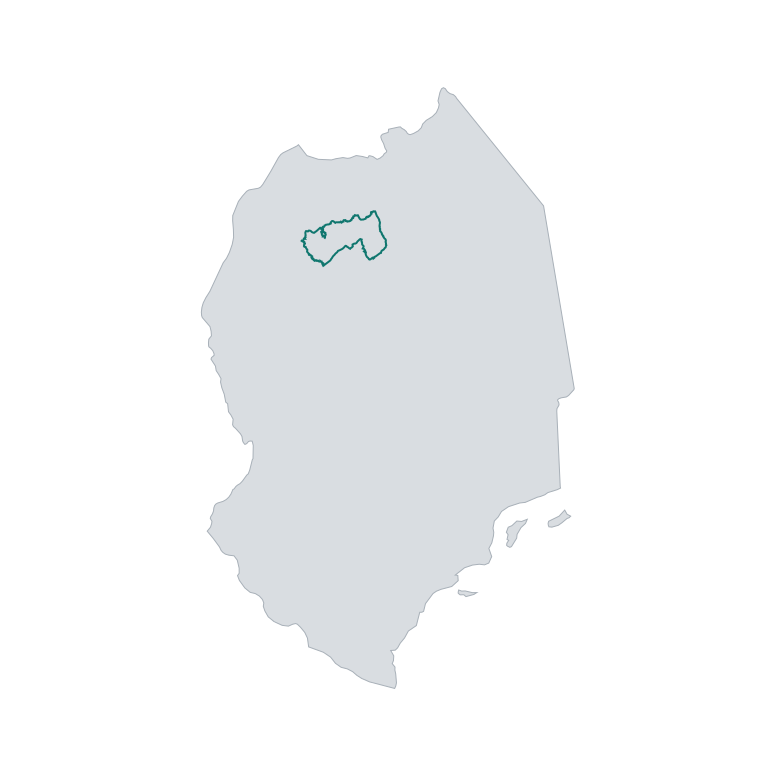 location of Kaliua, Tabora, United Republic of Tanzania, rotated 51°
{"feature_id": "72390352B29601163251764", "entity_name": "Kaliua", "entity_type": "district", "adm_level": 2, "iso_a3": "TZA", "parent_name": "United Republic of Tanzania", "parent_adm1": "Tabora", "projection": "albers", "projection_center": [31.783, -4.945], "detail": "fine", "context": "in_parent", "style": "outline", "palette": "teal", "viewbox_px": 768, "rotation_deg": 51, "n_neighbors": 0, "source": "geoboundaries", "source_scale": "gbopen_adm2", "svg_char_len": 9566}
<svg xmlns="http://www.w3.org/2000/svg" viewBox="0 0 768 768"><g transform="rotate(51 384 384)"><path d="M298.5,518.4L291.4,514.6L284.9,512.4L279.6,509.8L277.3,507.3L272.3,506.4L268.0,506.0L264.0,503.7L255.8,502.8L254.9,501.3L254.8,497.9L253.4,497.0L250.4,496.1L247.2,496.2L245.2,496.7L244.1,496.4L241.4,494.4L238.9,491.9L238.0,487.8L234.3,485.2L229.9,483.1L218.0,483.4L216.1,482.7L213.2,480.7L209.9,477.3L207.2,473.4L204.8,468.1L202.4,461.0L188.6,432.7L187.2,427.3L184.5,421.4L180.0,414.1L175.4,408.6L169.0,403.7L161.8,398.8L157.9,395.5L150.5,382.2L148.9,375.9L147.8,369.5L148.2,366.8L152.8,358.5L153.3,356.1L152.7,352.9L150.4,346.3L147.5,338.2L141.6,323.5L140.7,319.8L140.8,317.0L144.2,302.0L144.2,299.9L158.0,300.2L168.1,293.6L176.8,283.8L178.6,279.7L182.2,273.4L185.7,270.3L187.0,268.1L189.0,261.8L193.6,257.6L198.1,254.3L197.2,252.0L197.9,251.2L200.3,249.5L205.1,248.0L206.0,244.7L206.0,241.0L205.2,238.9L205.4,236.5L204.6,235.2L201.5,234.8L196.9,233.0L192.9,232.2L190.3,231.2L189.3,230.3L188.9,228.1L191.1,222.4L188.9,220.1L193.7,210.6L194.6,209.4L196.3,209.3L199.1,208.2L201.7,207.8L203.8,208.1L205.4,207.7L206.7,206.7L207.9,203.4L208.8,198.1L208.3,193.7L206.3,190.3L205.7,185.2L206.6,178.2L206.0,172.5L203.7,167.9L201.5,165.2L198.0,163.9L192.5,156.9L190.8,153.5L191.1,151.4L193.0,150.5L196.5,150.8L199.8,150.0L202.8,148.0L205.8,147.5L207.4,147.8L346.0,147.9L507.2,239.0L507.9,240.0L509.1,247.8L508.8,250.5L506.3,254.9L505.5,257.2L505.5,258.9L506.1,259.5L508.2,259.8L510.0,260.8L510.7,261.7L512.0,265.1L513.8,266.8L574.6,311.6L576.0,312.3L575.1,316.0L571.5,325.0L571.3,328.7L569.9,333.1L568.5,336.0L564.9,348.7L561.9,353.4L557.7,364.4L557.0,372.9L559.2,378.9L559.9,384.5L564.6,390.0L568.3,392.0L570.9,394.5L575.3,400.2L577.8,406.0L585.9,408.9L589.1,415.3L587.8,419.7L584.0,423.4L580.4,429.2L577.5,437.0L577.3,448.9L579.2,447.1L583.5,450.1L584.0,458.8L579.4,469.0L578.0,473.7L577.7,477.8L580.8,490.0L585.6,496.3L585.2,498.2L583.9,499.9L592.1,510.9L591.3,520.5L594.3,527.9L595.6,534.4L597.6,539.4L597.9,542.8L595.3,546.5L601.4,547.5L604.9,550.7L606.5,553.6L610.9,553.6L613.2,555.6L616.6,557.3L624.1,562.4L626.1,564.9L627.3,567.3L606.4,582.7L598.9,586.6L593.5,588.4L587.8,589.4L582.3,591.8L577.2,595.6L570.6,597.5L562.6,597.4L554.2,600.0L540.9,608.0L533.3,603.4L527.2,601.9L520.3,602.0L516.1,602.5L514.5,603.5L513.2,606.2L512.0,610.7L507.5,615.0L499.4,619.0L492.1,620.5L485.4,619.4L480.8,617.7L478.5,615.2L475.0,614.1L470.4,614.3L465.9,615.9L461.7,619.1L454.9,620.5L445.7,620.0L440.7,618.4L440.0,615.7L436.0,612.5L428.6,608.9L423.1,608.7L419.5,612.2L416.3,614.4L413.4,615.2L410.8,615.3L407.1,614.4L396.8,613.9L387.1,614.0L386.1,609.0L384.1,605.9L382.4,604.1L379.1,603.6L378.1,602.2L377.0,599.1L375.4,596.4L373.2,594.2L371.9,592.1L371.5,590.3L371.8,588.2L373.9,583.0L374.5,579.5L374.3,575.9L373.2,572.2L370.9,567.8L371.2,566.5L370.4,563.5L370.4,561.4L370.8,558.7L370.4,555.3L368.4,547.9L368.4,546.0L366.3,542.4L359.9,533.9L359.6,532.8L349.5,524.3L345.5,522.4L344.0,524.0L343.4,525.5L343.9,528.2L343.6,529.6L343.2,530.2L340.8,530.1L339.3,529.7L335.4,527.4L332.4,526.9L325.0,527.3L322.4,527.8L320.4,527.3L316.4,523.4L311.8,522.5L307.7,522.3L300.9,517.9L298.5,518.4ZM587.3,377.9L590.6,387.3L590.1,389.0L587.7,390.1L586.5,390.2L585.0,388.6L584.0,385.5L582.2,386.2L579.2,382.4L576.2,382.2L573.5,377.6L574.6,373.7L574.1,367.0L577.4,363.6L579.3,357.8L581.4,361.8L581.8,367.9L584.6,375.2L587.3,377.9ZM604.2,322.1L604.4,324.3L603.7,326.4L603.8,333.1L603.5,337.5L600.9,343.6L598.8,345.7L597.0,345.1L595.5,344.1L594.3,342.4L596.9,331.1L595.7,322.9L600.4,323.7L604.2,322.1ZM595.8,457.5L593.4,458.0L592.5,457.4L591.1,455.6L593.6,454.1L596.1,451.0L601.8,446.6L604.5,443.1L604.1,446.6L600.8,454.1L598.0,454.6L595.8,457.5Z" fill="#d9dde1" stroke="#a8b0b8" stroke-width="1"/><path d="M234.7,300.2L234.4,300.3L234.4,300.5L234.9,300.8L234.9,301.1L234.8,301.6L234.9,302.0L234.6,302.2L234.7,302.3L234.6,302.7L234.9,303.0L235.2,303.3L235.3,303.6L235.2,304.0L235.5,304.0L235.3,304.6L235.6,305.6L236.0,305.8L236.0,306.1L235.8,306.2L235.7,306.7L236.1,307.4L235.7,308.3L235.7,308.6L235.5,308.8L235.4,309.1L235.0,309.5L234.9,310.0L234.5,310.1L234.5,310.4L233.4,311.1L233.0,310.8L232.4,310.8L232.1,311.4L231.5,311.9L231.4,312.1L231.7,312.3L231.6,312.6L231.8,313.0L231.7,313.1L231.7,313.7L232.1,313.7L231.8,314.4L231.7,314.9L231.9,315.0L231.9,315.5L231.4,315.7L230.9,315.6L231.0,315.9L230.4,316.4L230.2,317.2L229.5,317.7L229.2,318.3L228.6,318.9L228.2,319.5L228.0,319.9L228.1,320.4L227.7,320.6L226.6,320.7L225.7,320.9L225.0,321.4L224.7,321.8L224.7,322.2L224.9,323.8L225.4,324.0L225.8,324.3L225.9,324.6L225.4,325.4L225.3,326.5L224.8,327.0L224.3,327.8L224.2,328.2L223.7,328.9L223.7,329.7L223.4,330.5L224.0,331.1L224.1,331.5L224.1,331.8L223.4,332.5L223.5,333.3L223.8,333.5L224.7,333.8L225.1,333.7L225.6,334.1L225.4,334.3L225.6,334.8L226.3,335.3L226.7,335.3L226.9,335.2L227.3,335.2L227.2,335.8L226.7,336.0L227.2,336.8L227.7,336.3L227.5,335.9L227.7,335.4L227.9,335.1L229.7,334.4L230.0,334.6L230.1,335.2L231.0,335.2L231.3,335.3L232.2,337.0L233.1,337.7L233.2,338.0L232.8,338.1L232.0,337.5L231.2,337.9L231.2,337.5L231.1,337.4L230.7,337.6L230.9,338.1L230.7,338.7L230.1,338.2L229.4,338.4L228.9,338.3L227.7,337.5L226.9,337.4L226.2,337.1L226.1,336.6L226.2,336.0L225.7,335.3L225.2,334.9L224.3,334.7L223.9,335.0L223.8,335.3L223.6,335.4L223.2,335.2L222.6,335.1L222.4,335.3L222.7,340.7L222.5,341.5L222.6,342.5L222.5,343.2L221.8,343.8L221.5,343.9L220.9,344.3L220.2,344.5L219.0,344.6L218.0,345.2L217.9,345.5L217.4,346.0L217.5,346.5L217.6,347.0L217.4,347.3L216.7,347.7L216.1,348.5L216.4,349.0L216.5,349.4L216.9,349.9L217.9,350.6L219.1,351.3L219.3,351.5L219.5,352.1L219.7,352.3L220.6,352.5L220.7,352.8L220.5,353.7L220.8,353.9L221.4,354.0L220.7,354.6L220.6,354.9L220.7,355.1L221.2,355.5L221.4,356.1L221.4,356.9L220.8,357.6L220.9,357.9L221.4,357.7L221.5,357.8L221.9,357.7L222.3,357.3L222.7,357.1L222.7,356.9L222.9,356.8L223.4,356.6L223.9,357.3L224.5,357.4L224.8,357.0L225.0,356.9L225.2,357.1L225.6,358.7L225.9,358.9L226.3,359.1L226.6,359.5L227.3,359.5L227.5,359.4L228.1,358.6L228.5,358.7L228.9,358.9L229.7,359.1L230.2,359.2L230.9,359.0L231.2,359.0L231.4,359.3L232.2,359.8L232.4,360.2L232.8,360.5L234.0,360.5L234.8,360.4L235.2,360.5L235.5,360.4L235.9,360.8L236.1,360.7L235.8,360.5L236.1,360.2L236.5,360.2L236.7,360.3L236.8,360.6L237.0,360.4L237.3,360.4L237.5,360.0L237.9,359.8L238.3,359.9L238.4,359.7L238.7,359.6L238.8,359.6L238.8,359.8L239.1,359.8L239.3,359.7L239.4,360.1L239.7,360.2L239.9,360.7L240.1,360.9L240.3,360.9L240.5,360.8L240.4,360.6L240.7,360.2L240.9,360.4L241.4,360.3L241.3,360.5L241.5,361.0L241.9,361.0L242.0,360.7L242.4,360.3L242.7,360.3L243.0,360.5L243.5,360.6L243.9,360.4L243.9,360.2L244.2,359.9L244.6,360.2L244.7,359.9L245.0,359.7L245.3,359.2L245.2,359.1L245.1,358.8L245.4,358.5L245.6,358.5L245.9,358.6L245.8,358.9L246.0,358.8L246.1,358.4L246.7,358.0L246.7,357.6L246.9,357.5L247.0,357.7L247.3,357.7L248.2,357.2L248.5,356.7L248.6,356.1L248.9,356.1L249.2,355.8L249.3,356.1L249.6,356.0L249.8,355.9L249.5,355.8L250.8,355.5L250.6,355.8L251.0,355.8L251.0,356.0L252.2,356.2L252.8,356.4L252.9,356.2L253.1,356.4L253.3,356.3L253.6,356.5L253.4,356.7L253.9,356.8L254.2,348.2L254.1,347.6L253.7,346.7L253.4,345.3L252.7,343.4L252.5,342.0L252.5,341.3L252.1,339.7L252.1,337.5L251.6,335.9L252.1,334.4L252.6,332.2L252.8,331.2L252.8,330.3L252.7,329.7L252.7,328.8L252.4,327.9L252.5,326.8L252.9,326.5L253.8,326.3L254.4,326.3L255.0,325.9L256.7,325.6L257.6,325.2L257.4,324.5L257.6,323.2L257.5,321.9L257.4,321.6L256.2,321.0L255.8,320.7L256.0,319.3L256.2,318.8L256.4,318.4L256.8,318.0L257.0,317.3L257.1,316.8L256.9,315.9L256.6,315.2L256.5,314.7L256.5,313.9L256.3,312.0L256.4,311.2L257.7,310.4L258.5,311.5L259.2,311.8L259.8,311.8L260.0,312.1L260.7,312.3L261.4,313.0L262.2,313.2L264.1,313.1L264.6,313.7L265.3,315.3L266.4,314.5L268.2,314.6L268.3,315.2L268.3,316.1L269.4,315.9L269.2,315.5L269.2,315.3L269.7,315.1L270.4,315.3L270.7,315.5L271.1,316.3L272.3,316.8L273.4,317.1L274.6,317.3L275.3,317.1L276.2,317.0L276.8,317.1L277.5,316.9L277.7,317.0L277.8,317.1L278.2,316.9L278.5,316.4L278.6,315.9L278.6,313.4L278.7,313.2L278.9,313.0L279.0,313.2L279.3,313.1L279.8,313.3L279.8,312.1L279.2,311.5L279.2,311.4L279.6,310.1L279.8,305.4L279.9,304.4L280.2,303.8L279.7,303.3L279.0,302.0L279.3,299.5L278.9,298.2L278.8,297.7L278.9,297.0L278.7,296.5L277.8,295.5L277.6,294.8L276.6,294.6L276.2,294.1L275.3,293.6L275.2,293.6L274.7,293.4L274.1,292.9L274.1,292.6L273.6,292.2L272.7,291.8L272.0,291.8L271.7,291.9L271.1,292.1L270.3,291.9L269.5,291.9L269.1,291.6L268.8,291.8L268.4,291.7L268.2,291.4L267.5,291.5L267.2,291.4L267.1,291.5L266.5,291.4L266.5,291.2L266.2,291.1L265.8,291.1L265.7,291.0L265.4,290.9L265.2,290.9L264.8,290.7L263.6,290.7L263.3,290.8L263.1,290.8L263.1,290.7L262.9,290.7L262.6,290.5L262.0,290.3L261.6,290.1L261.6,289.9L261.2,289.8L260.9,289.3L260.2,289.2L259.7,288.8L259.5,288.7L258.9,288.1L258.4,288.1L257.7,287.3L257.0,286.7L256.3,285.8L255.7,285.4L253.9,284.8L253.2,284.3L250.8,283.9L248.9,283.8L246.1,282.9L245.6,282.6L244.4,282.3L244.3,282.6L244.0,282.9L243.4,283.1L243.4,283.7L242.9,284.4L243.0,284.7L243.2,284.9L243.2,285.0L242.9,285.0L242.5,285.4L242.3,285.9L242.7,286.4L243.8,286.7L243.7,287.2L243.8,287.7L244.2,288.1L244.4,289.3L244.3,289.5L244.4,289.8L243.9,290.4L243.9,290.6L244.3,291.1L243.9,292.1L243.5,292.2L243.3,292.0L243.2,292.2L243.3,293.2L243.7,293.7L244.0,294.2L243.6,295.4L243.4,295.8L243.1,296.7L242.8,297.0L241.8,298.5L241.4,298.7L240.9,298.7L240.4,298.9L238.6,298.6L236.7,298.1L236.4,298.1L236.2,298.5L236.2,298.9L235.7,299.3L235.1,300.2L234.7,300.2Z" fill="none" stroke="#0f766e" stroke-width="2"/></g></svg>